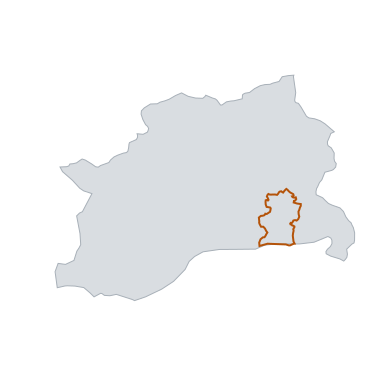 Vratsa on a map of Bulgaria (Mercator projection), rotated 168°
{"feature_id": "BGR-2251", "entity_name": "Vratsa", "entity_type": "Province", "adm_level": 1, "iso_a3": "BGR", "parent_name": "Bulgaria", "parent_adm1": "", "projection": "mercator", "projection_center": [23.765, 43.427], "detail": "fine", "context": "in_parent", "style": "outline", "palette": "amber", "viewbox_px": 384, "rotation_deg": 168, "n_neighbors": 0, "source": "natural_earth", "source_scale": "10m", "svg_char_len": 3534}
<svg xmlns="http://www.w3.org/2000/svg" viewBox="0 0 384 384"><g transform="rotate(168 192 192)"><path d="M315.9,243.9L309.3,242.8L307.1,243.1L305.6,244.8L302.5,244.4L298.8,244.5L294.8,246.3L292.6,247.1L289.7,245.4L284.3,240.3L281.0,236.7L278.5,235.8L276.0,236.9L267.2,238.1L265.1,240.2L261.0,242.5L256.9,243.5L251.0,244.3L247.9,244.2L246.2,245.3L244.7,248.7L243.7,251.9L242.9,253.3L235.5,254.9L233.9,256.8L233.5,258.6L233.6,260.4L227.8,258.6L223.2,259.8L222.2,261.2L221.2,263.2L221.8,265.4L223.4,267.5L225.0,273.1L225.6,278.7L224.6,281.9L221.2,284.2L214.3,286.7L207.6,285.5L204.6,286.5L199.6,286.8L195.0,287.5L188.0,289.8L181.6,291.1L175.9,286.4L169.1,283.2L162.0,281.4L159.5,282.7L158.4,283.8L152.5,279.7L149.8,278.2L148.5,276.6L146.0,271.1L144.5,270.9L139.6,273.0L134.9,272.9L132.0,272.5L123.5,272.7L122.4,276.5L121.4,277.1L119.5,277.6L115.0,277.4L109.3,280.1L103.1,281.8L98.3,281.9L93.3,281.1L90.3,281.7L83.9,282.0L79.8,286.0L73.5,285.8L68.1,285.1L68.8,283.8L69.9,267.6L72.5,260.4L72.4,258.9L71.8,257.8L69.5,256.6L67.8,252.7L64.3,242.3L62.3,240.2L56.8,238.1L51.9,235.1L47.8,231.1L40.3,221.3L44.1,220.4L45.3,218.4L49.1,213.0L49.5,210.3L49.1,208.8L46.6,206.2L44.8,200.6L46.1,195.3L46.2,192.5L45.0,189.8L46.3,186.5L49.0,184.6L50.7,184.1L57.9,183.7L62.5,176.9L65.3,174.8L68.1,170.9L69.4,169.5L70.7,166.5L71.1,163.5L65.4,159.2L63.4,156.0L60.9,152.4L57.5,149.9L50.6,145.7L47.9,141.4L46.7,135.8L44.8,131.5L42.8,128.8L42.4,126.5L41.6,123.7L41.4,118.3L43.0,111.1L44.1,108.5L46.4,107.8L52.6,103.9L52.9,98.9L54.1,95.9L56.1,94.1L57.9,92.9L61.3,95.8L69.6,100.4L73.6,103.7L73.4,105.8L71.5,107.8L67.9,109.9L65.8,112.5L65.2,115.8L65.8,118.1L68.3,120.2L83.1,117.5L98.2,118.9L118.4,123.4L131.8,124.9L141.7,122.9L160.1,126.6L177.2,130.1L193.6,131.2L202.8,128.4L209.2,124.7L214.8,117.7L228.5,108.5L241.8,103.3L259.2,99.1L270.8,97.7L272.5,99.1L287.3,107.6L293.9,107.6L299.2,109.1L301.2,111.4L302.5,111.9L309.6,109.8L312.7,114.5L317.7,121.0L326.0,124.3L333.5,126.2L335.8,126.5L343.7,126.4L342.5,142.5L337.8,150.0L330.8,147.5L321.7,149.6L316.9,158.1L314.2,160.7L311.8,163.6L310.2,174.6L309.8,192.6L306.4,194.8L303.3,195.5L290.2,211.2L297.7,215.6L301.0,219.0L306.5,228.3L314.4,238.8L315.9,243.9Z" fill="#d9dde1" stroke="#a8b0b8" stroke-width="1"/><path d="M102.4,120.2L103.1,120.3L107.2,119.4L108.3,119.6L111.1,121.2L128.1,125.5L128.6,125.7L137.2,125.2L136.8,128.5L134.8,131.5L132.1,132.9L130.5,132.7L129.2,133.9L127.9,135.5L126.7,136.7L127.6,138.7L128.2,141.1L129.5,143.2L131.7,143.7L132.6,146.8L132.7,148.0L132.3,149.3L131.9,153.1L129.6,154.3L127.9,154.1L126.3,154.2L125.3,154.8L124.8,155.5L124.1,155.1L123.4,155.0L119.8,156.4L118.9,158.3L118.4,159.7L118.8,160.6L122.1,161.9L122.5,164.5L122.1,167.1L121.6,168.6L120.4,168.6L119.5,167.9L118.8,168.4L119.1,170.3L119.7,172.0L118.8,173.4L117.7,174.2L116.9,173.6L116.1,173.2L111.3,172.3L109.4,171.5L108.1,172.4L107.0,173.7L105.8,174.2L104.5,174.1L103.8,173.2L103.0,172.5L101.0,174.2L99.1,175.4L98.1,174.3L97.3,172.8L96.2,171.3L94.9,170.1L94.1,169.5L93.4,168.8L93.3,167.5L94.0,166.9L95.0,166.9L94.7,166.0L93.2,165.2L91.6,165.2L91.5,163.4L92.8,162.2L94.1,162.1L94.7,160.6L91.7,158.9L88.1,157.6L88.5,155.8L89.7,154.3L90.7,152.4L91.9,150.8L92.3,148.2L92.2,145.6L93.7,143.4L95.6,142.3L96.8,143.0L97.8,143.1L98.8,143.0L99.8,141.7L101.0,140.8L101.8,141.3L102.5,140.7L102.4,139.9L101.8,139.6L101.3,139.1L100.9,138.4L100.3,138.2L99.8,137.8L99.0,137.0L99.3,136.0L100.1,135.4L100.7,134.5L100.6,133.7L100.7,132.9L101.7,130.7L102.5,128.3L103.0,122.4L102.4,120.2Z" fill="none" stroke="#b45309" stroke-width="2"/></g></svg>